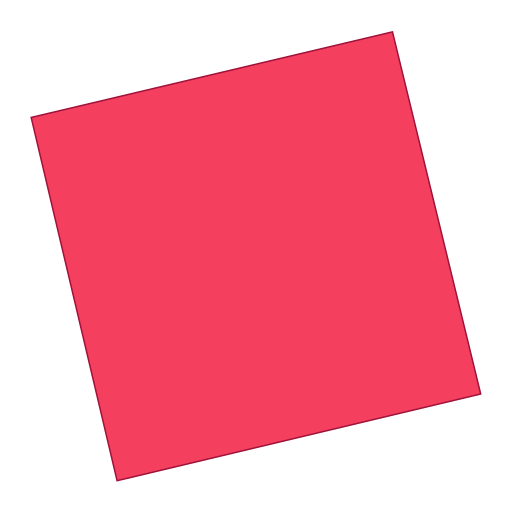 Crosby, Texas, United States of America (Robinson projection), rotated 167°
{"feature_id": "52423323B48575431157789", "entity_name": "Crosby", "entity_type": "district", "adm_level": 2, "iso_a3": "USA", "parent_name": "United States of America", "parent_adm1": "Texas", "projection": "robinson", "projection_center": [-101.248, 33.614], "detail": "fine", "context": "isolated", "style": "filled", "palette": "rose", "viewbox_px": 512, "rotation_deg": 167, "n_neighbors": 0, "source": "geoboundaries", "source_scale": "gbopen_adm2", "svg_char_len": 226}
<svg xmlns="http://www.w3.org/2000/svg" viewBox="0 0 512 512"><g transform="rotate(167 256 256)"><path d="M441.9,68.3L68.1,71.0L72.6,443.7L443.9,441.6L441.9,68.3Z" fill="#f43f5e" stroke="#9f1239" stroke-width="1.5"/></g></svg>